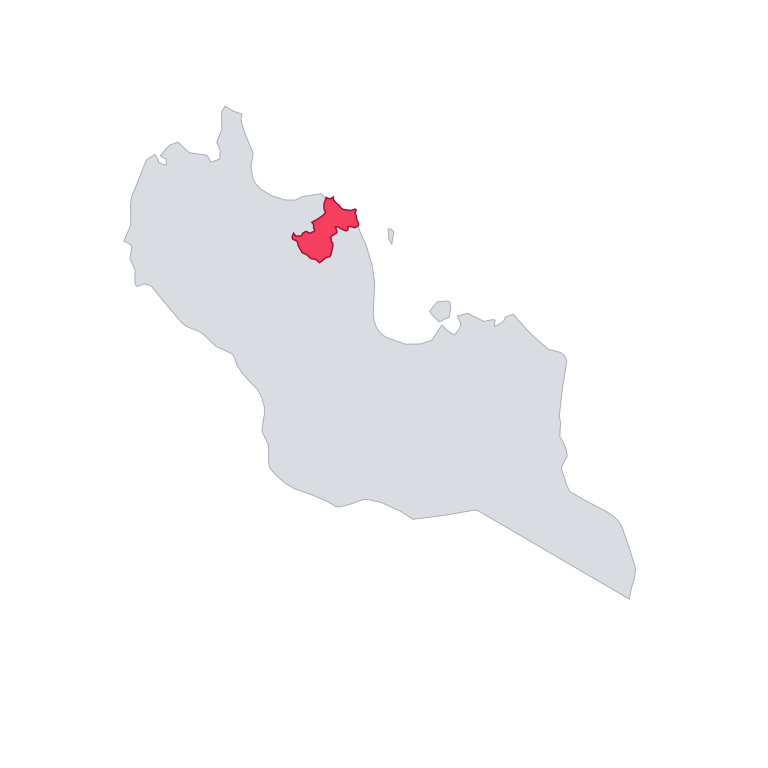 location of Mahdia within Tunisia, rotated 311°
{"feature_id": "TUN-116", "entity_name": "Mahdia", "entity_type": "Governorate", "adm_level": 1, "iso_a3": "TUN", "parent_name": "Tunisia", "parent_adm1": "", "projection": "equal_earth", "projection_center": [10.61, 35.335], "detail": "fine", "context": "in_parent", "style": "filled", "palette": "rose", "viewbox_px": 768, "rotation_deg": 311, "n_neighbors": 0, "source": "natural_earth", "source_scale": "10m", "svg_char_len": 4435}
<svg xmlns="http://www.w3.org/2000/svg" viewBox="0 0 768 768"><g transform="rotate(311 384 384)"><path d="M521.4,435.7L521.2,438.1L518.8,455.6L518.3,461.9L518.0,472.6L518.0,485.5L523.6,496.4L523.8,501.1L521.6,506.7L511.4,513.0L498.2,521.2L486.9,529.0L474.4,537.5L470.6,543.0L464.4,547.3L459.3,551.6L458.3,555.6L454.7,563.4L450.0,569.5L438.1,572.4L435.9,574.3L430.4,583.6L427.9,587.2L424.7,594.9L428.7,614.7L433.6,635.1L434.6,643.6L434.5,650.7L431.7,658.4L425.4,669.3L420.7,677.4L411.7,691.9L409.1,695.4L402.9,699.7L391.0,705.3L382.6,710.2L378.4,688.1L374.8,669.3L371.9,653.7L366.7,626.4L362.4,603.3L358.0,580.2L354.1,559.3L350.1,538.3L348.4,535.2L336.3,525.3L325.1,516.2L313.5,505.9L300.9,494.6L299.0,480.5L292.7,459.2L286.0,447.4L283.5,444.2L269.8,436.6L261.9,431.0L259.8,427.7L258.3,419.1L252.9,401.9L246.6,386.4L244.4,375.9L244.2,362.6L245.6,353.1L248.4,349.0L262.0,337.2L268.3,322.9L276.0,317.6L282.7,313.6L288.1,308.9L293.0,301.4L296.7,293.4L297.4,284.7L299.0,271.0L301.5,261.4L307.3,250.6L305.0,241.9L302.1,232.5L303.1,216.2L302.4,209.6L300.1,203.8L297.7,196.3L297.7,190.1L300.2,173.8L302.1,161.3L305.2,145.1L304.2,140.6L302.1,137.2L295.7,133.7L295.7,131.5L297.3,129.2L306.8,121.3L312.0,109.8L316.3,107.4L322.7,103.2L322.5,98.7L321.1,93.9L338.0,88.5L354.0,74.3L359.7,70.8L396.8,57.8L401.6,58.7L407.0,60.6L405.4,65.4L403.3,69.3L406.4,76.1L410.9,72.0L409.8,69.2L409.5,65.5L417.1,65.2L423.9,65.7L431.3,69.8L430.7,85.2L440.6,100.4L437.8,107.9L445.9,112.4L453.1,107.0L456.7,99.1L470.0,94.5L482.5,83.0L489.5,81.8L491.1,91.3L494.5,99.6L489.7,102.5L483.6,111.4L472.2,133.9L461.5,140.5L453.6,149.2L451.0,155.4L450.2,162.6L452.2,175.4L458.0,188.6L464.7,196.5L471.2,199.0L486.3,211.5L486.1,219.0L488.2,227.9L489.0,238.6L494.3,247.3L483.1,266.1L476.9,279.7L464.9,298.4L454.2,310.6L431.1,328.8L425.4,334.8L421.7,341.1L420.0,347.6L420.6,355.3L428.2,374.2L438.3,385.4L448.6,391.5L466.5,389.0L465.9,396.3L467.1,405.1L474.4,404.7L479.3,403.3L483.4,394.8L492.2,400.6L496.8,418.4L504.2,424.0L505.1,426.1L502.5,427.4L500.4,429.5L502.6,430.9L509.8,433.1L514.2,431.7L521.4,435.7ZM483.4,386.0L481.6,386.4L478.2,388.9L476.5,389.2L471.4,386.4L469.5,386.4L467.1,384.4L467.9,373.7L468.7,370.7L480.9,370.3L487.5,376.7L488.6,378.4L488.9,380.2L485.8,383.8L483.4,386.0ZM505.3,291.6L494.7,298.1L496.7,292.4L503.7,285.5L505.5,287.1L505.3,291.6Z" fill="#d9dde1" stroke="#a8b0b8" stroke-width="1"/><path d="M487.0,218.0L487.1,218.7L487.7,220.6L488.7,222.0L491.9,223.1L490.0,224.9L489.5,227.3L489.2,229.6L489.5,233.5L488.6,235.4L489.0,238.7L490.6,241.5L493.0,244.8L494.5,246.0L496.2,246.9L497.1,247.4L497.0,249.2L495.1,249.3L493.8,250.4L492.4,253.3L490.4,255.1L489.5,257.2L488.5,259.4L487.2,260.7L483.9,260.0L482.9,259.4L481.0,255.8L480.2,254.7L479.5,253.7L479.0,253.5L478.6,253.5L478.4,253.8L477.5,255.1L477.1,255.4L476.5,255.5L475.6,255.5L475.1,255.2L474.7,254.8L474.3,254.0L473.4,251.3L473.1,250.3L472.6,247.1L472.3,246.5L471.9,245.7L471.1,244.6L470.7,244.4L470.3,244.4L469.3,247.0L468.8,247.7L468.6,248.0L468.3,248.3L467.9,248.6L467.3,249.1L466.4,249.0L460.3,247.1L460.0,247.1L459.7,247.2L459.5,247.5L459.4,247.8L459.2,248.4L459.1,248.7L458.9,249.0L458.6,249.3L457.3,250.1L457.1,250.4L457.0,250.7L456.9,251.0L456.9,251.4L457.0,252.0L456.9,252.2L456.9,252.4L456.7,252.7L456.5,253.0L455.3,254.2L454.0,255.3L446.3,259.2L445.4,259.5L444.9,259.5L444.5,259.5L443.9,259.2L442.0,257.7L441.6,257.5L441.1,257.3L433.2,255.8L433.3,252.3L433.2,251.1L433.1,250.8L432.8,250.1L431.2,247.5L430.9,246.9L430.7,246.2L430.7,245.8L430.7,244.9L430.9,242.4L430.9,241.5L430.7,240.0L430.5,239.3L430.3,238.7L429.8,237.5L429.5,236.8L429.5,236.5L429.6,235.7L429.9,234.7L432.0,229.0L432.8,227.6L434.2,225.7L434.5,225.1L434.5,224.4L434.5,223.7L433.5,220.7L433.4,220.4L433.5,219.9L433.7,219.5L434.2,218.8L435.5,217.8L438.5,216.8L438.0,218.9L437.9,219.7L437.9,220.1L438.0,220.6L438.2,221.0L438.4,221.4L438.7,221.7L440.3,223.0L441.1,224.1L441.5,224.3L442.0,224.4L444.2,223.8L444.8,223.9L447.2,224.6L447.6,224.8L447.9,225.1L448.2,225.4L448.4,225.8L448.5,226.3L448.6,228.0L448.7,228.5L449.0,228.9L449.3,229.1L453.2,231.0L453.7,231.1L454.1,231.1L454.5,230.9L454.8,230.5L455.1,230.0L455.5,228.9L455.7,228.4L456.0,228.0L457.7,227.0L457.9,226.5L458.1,226.2L458.7,223.5L466.7,226.3L471.4,227.3L474.0,227.5L474.6,227.4L475.1,227.3L475.3,227.0L475.9,225.5L476.6,224.3L477.2,223.5L478.3,222.4L479.8,221.2L481.3,220.2L487.0,218.0L487.0,218.0Z" fill="#f43f5e" stroke="#9f1239" stroke-width="1.5"/></g></svg>